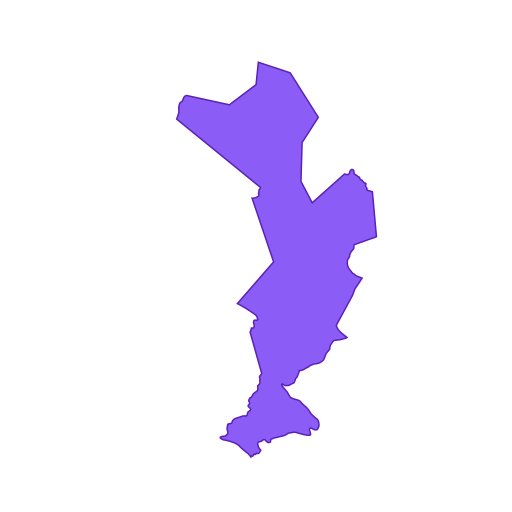 San Nicolas, Santa Bárbara, Honduras (Equal Earth projection), rotated 126°
{"feature_id": "27666195B96632165697082", "entity_name": "San Nicolas", "entity_type": "district", "adm_level": 2, "iso_a3": "HND", "parent_name": "Honduras", "parent_adm1": "Santa Bárbara", "projection": "equal_earth", "projection_center": [-88.328, 14.902], "detail": "fine", "context": "isolated", "style": "filled", "palette": "violet", "viewbox_px": 512, "rotation_deg": 126, "n_neighbors": 0, "source": "geoboundaries", "source_scale": "gbopen_adm2", "svg_char_len": 6145}
<svg xmlns="http://www.w3.org/2000/svg" viewBox="0 0 512 512"><g transform="rotate(126 256 256)"><path d="M191.9,400.6L197.8,294.2L197.7,293.5L197.8,293.1L197.9,292.9L198.6,292.5L199.5,292.3L200.5,292.4L200.9,292.3L201.2,292.2L202.0,291.6L203.8,290.8L205.3,289.3L205.7,289.1L206.7,289.4L208.9,290.5L210.4,291.7L211.5,293.2L250.4,238.3L305.4,243.1L305.0,240.0L304.4,234.6L304.2,231.9L303.9,224.5L303.9,222.7L304.0,221.5L304.3,220.2L304.5,219.5L305.0,219.0L306.4,217.3L306.7,217.1L307.0,217.2L307.3,217.4L308.8,219.5L309.1,219.6L309.6,219.7L310.2,219.5L310.9,219.2L312.0,218.1L313.4,216.5L314.0,216.2L314.9,215.8L315.4,215.7L315.8,215.8L316.1,216.2L316.7,217.0L317.0,217.4L317.3,217.3L318.2,216.8L319.7,216.3L320.5,216.1L321.0,216.1L347.8,182.2L348.6,182.1L349.8,182.3L351.1,182.3L351.4,182.3L352.3,181.7L353.2,180.2L353.9,180.1L354.5,179.8L355.7,178.7L356.7,178.1L357.2,177.9L359.8,178.3L360.1,178.3L360.3,178.2L361.2,177.3L362.7,176.3L363.2,176.0L363.7,175.8L364.2,175.8L364.7,175.9L367.6,176.8L369.0,177.1L369.9,177.1L371.9,176.8L373.0,176.7L373.5,176.8L373.9,177.3L374.4,177.5L375.3,177.4L376.5,177.2L377.3,176.9L377.5,176.7L378.1,175.6L378.6,174.8L378.7,174.7L379.2,174.5L380.1,174.4L381.5,174.5L382.0,174.1L382.3,173.7L382.4,173.4L382.5,172.0L382.8,170.9L383.0,170.4L383.4,170.1L383.9,170.0L384.5,170.0L385.2,170.3L385.9,170.4L386.4,170.7L386.7,170.8L387.4,170.6L388.2,170.3L389.1,170.2L389.9,169.7L390.6,169.6L390.9,169.6L391.2,169.9L391.9,171.0L392.6,171.9L393.3,172.7L394.0,173.2L399.3,177.0L400.3,177.6L401.5,178.0L402.3,178.1L403.0,178.1L404.4,177.8L405.2,177.5L405.6,177.5L406.0,177.7L408.2,179.7L408.5,179.9L409.0,179.8L410.8,179.0L412.6,178.0L413.3,177.4L414.3,176.1L415.5,175.0L416.1,174.6L416.8,174.5L418.0,174.7L419.1,174.7L419.4,174.9L419.9,175.3L421.8,177.2L422.4,177.7L423.3,178.3L423.6,178.4L423.9,178.3L424.0,178.2L424.1,177.9L424.3,176.7L424.3,176.1L424.1,175.3L424.0,174.8L423.9,174.3L423.5,173.6L422.2,170.7L421.0,167.4L420.3,165.1L420.0,164.2L419.7,162.6L419.5,161.4L419.4,160.3L419.4,159.4L419.4,158.6L419.9,155.7L420.2,153.1L420.5,146.5L421.0,143.8L421.6,142.0L421.1,142.1L420.7,142.1L420.5,141.9L420.0,141.2L419.5,141.0L418.8,140.9L418.2,141.3L417.6,141.3L417.4,141.1L417.1,140.1L417.0,139.9L416.7,139.8L415.9,139.7L415.4,139.6L415.2,139.1L414.6,138.3L414.0,137.9L413.4,137.7L412.2,137.8L410.8,137.8L410.3,138.0L410.2,138.2L410.1,138.9L409.7,140.2L409.4,141.0L409.0,141.8L408.4,142.6L407.4,143.7L406.7,144.4L406.1,144.7L405.6,144.8L405.0,144.7L403.6,143.4L402.2,142.5L402.0,142.4L401.2,142.4L400.2,141.9L399.7,141.5L399.6,141.3L399.5,141.0L399.5,140.3L399.9,138.4L399.9,137.5L399.9,137.1L399.8,136.6L399.6,136.2L399.4,135.9L399.1,135.6L398.5,135.2L397.9,135.0L397.4,135.2L396.1,136.1L395.6,136.2L395.1,136.1L394.9,135.9L394.7,135.6L392.2,134.2L391.5,133.4L390.3,132.3L388.6,131.0L385.5,128.3L384.5,127.5L383.4,126.9L381.7,126.2L380.2,125.6L377.7,123.1L376.1,121.6L375.8,121.1L375.3,120.1L373.5,115.2L372.2,111.9L370.5,108.6L369.9,107.8L369.5,107.2L369.2,107.0L368.8,106.9L368.5,106.8L368.2,107.0L367.5,107.6L365.8,109.8L365.0,110.6L364.4,111.0L364.0,111.1L363.7,111.0L363.2,110.8L362.8,110.3L362.4,107.1L362.0,106.2L361.5,105.4L360.9,104.8L360.2,104.5L359.6,104.4L358.6,104.6L356.7,105.1L356.2,105.4L355.2,106.1L354.3,107.0L353.1,108.2L352.6,109.0L352.2,110.0L352.1,110.9L352.0,113.0L351.6,117.0L351.5,117.7L351.3,118.6L351.0,119.4L349.7,122.7L349.2,124.5L348.8,126.4L348.6,129.5L348.3,131.8L347.8,133.9L347.6,135.1L347.6,136.2L347.9,137.3L349.2,140.9L349.7,142.5L350.0,144.3L350.1,144.9L350.0,145.3L349.8,146.1L349.4,147.1L348.8,148.4L348.1,149.8L347.8,150.5L347.5,151.6L347.0,153.6L346.6,155.2L346.2,156.7L345.8,158.1L345.5,158.7L345.2,159.3L344.9,159.6L344.6,159.8L344.3,159.8L344.1,159.7L343.9,158.9L343.9,157.2L343.7,156.5L343.3,155.7L343.0,155.2L341.4,153.4L341.1,153.2L340.6,152.9L338.7,152.1L337.3,151.3L336.2,150.7L335.9,150.7L335.4,150.8L331.9,151.9L330.7,151.7L329.3,151.7L325.9,152.7L324.2,153.1L323.2,153.6L322.3,152.5L321.5,151.8L320.9,151.4L319.5,150.5L319.0,150.3L318.1,150.1L316.3,149.1L314.5,148.2L313.4,148.0L312.8,147.8L311.9,147.3L310.6,146.4L309.5,145.8L308.9,145.3L307.9,144.1L307.3,143.5L306.0,142.4L304.9,141.7L303.9,141.2L302.8,140.9L301.5,140.5L300.2,140.3L299.5,140.4L293.8,141.9L292.7,141.9L289.6,141.7L288.1,141.6L287.7,141.8L287.0,142.3L286.5,142.6L284.6,143.3L284.2,143.4L281.4,143.5L279.9,143.5L279.2,143.4L278.4,143.1L277.6,142.3L274.5,139.0L272.5,137.2L271.5,136.6L270.0,135.2L269.2,134.8L268.4,134.5L268.1,141.2L267.7,144.2L267.4,145.5L267.1,146.5L266.5,147.8L265.9,149.1L265.1,150.0L264.7,150.3L231.0,154.8L224.5,156.6L211.5,157.1L211.9,158.7L212.7,161.6L213.1,163.2L213.1,165.0L212.9,166.3L213.1,166.8L213.2,167.2L213.1,167.9L213.0,168.6L212.2,171.0L211.8,172.7L211.7,173.3L211.4,173.8L210.7,175.1L209.6,176.6L208.6,177.6L207.4,178.5L205.7,179.5L205.1,179.7L203.7,179.7L201.4,180.0L201.1,180.1L200.4,180.7L199.9,180.9L198.7,181.2L197.5,181.4L196.3,181.5L193.6,181.3L192.7,181.3L191.9,181.6L191.0,182.3L190.4,182.7L189.1,183.2L169.6,169.9L135.6,199.6L136.1,201.2L136.4,201.8L136.7,202.5L137.0,203.6L137.3,204.3L137.3,204.6L137.3,205.0L137.2,205.4L137.0,205.6L136.8,205.7L136.3,205.8L136.0,206.1L135.8,206.6L135.5,207.7L134.8,208.6L134.4,208.9L133.6,209.1L133.1,209.4L132.8,209.6L132.7,209.8L132.7,210.1L133.0,210.7L133.1,211.3L133.1,212.1L132.9,213.0L132.8,213.8L132.5,214.5L132.4,214.9L132.4,215.3L132.7,215.9L132.7,216.4L132.5,216.9L132.3,217.4L132.0,218.0L131.7,218.4L131.5,218.8L131.5,219.0L131.7,219.4L131.8,219.8L131.6,221.9L131.8,223.8L131.9,224.7L131.8,224.9L131.5,225.2L130.4,226.2L129.7,226.8L129.4,227.2L129.3,227.6L129.3,228.3L129.4,228.9L129.5,229.3L130.8,229.8L131.2,230.0L132.0,229.8L133.2,229.4L133.8,229.2L134.7,229.2L135.6,229.3L136.2,229.6L136.7,230.2L136.9,230.7L137.3,231.9L137.6,232.6L179.9,241.8L169.2,263.5L137.1,285.4L107.2,287.1L87.7,336.0L97.9,368.0L117.3,356.7L149.3,366.4L166.9,406.4L167.4,406.8L168.3,407.4L169.1,407.6L170.6,407.5L172.8,406.9L174.2,406.7L174.9,406.8L175.5,407.2L176.0,407.4L176.9,407.4L177.8,407.3L179.4,406.7L181.2,405.8L183.5,404.1L184.9,402.9L185.3,402.7L191.9,400.6Z" fill="#8b5cf6" stroke="#5b21b6" stroke-width="1.5"/></g></svg>